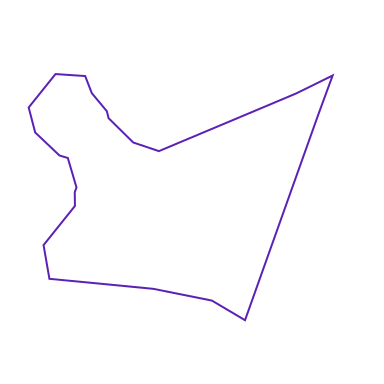 the Region of Ad Dakhliyah, rotated 263°
{"feature_id": "OMN-2404", "entity_name": "Ad Dakhliyah", "entity_type": "Region", "adm_level": 1, "iso_a3": "OMN", "parent_name": "Oman", "parent_adm1": "", "projection": "mercator", "projection_center": [57.794, 22.3], "detail": "fine", "context": "isolated", "style": "outline", "palette": "violet", "viewbox_px": 384, "rotation_deg": 263, "n_neighbors": 0, "source": "natural_earth", "source_scale": "10m", "svg_char_len": 442}
<svg xmlns="http://www.w3.org/2000/svg" viewBox="0 0 384 384"><g transform="rotate(263 192 192)"><path d="M265.9,267.8L277.2,307.6L290.5,345.8L252.9,326.5L58.3,229.0L81.8,198.5L100.6,141.8L123.2,39.9L157.4,38.2L192.4,74.1L206.1,75.6L210.6,77.9L240.9,72.9L244.4,64.9L270.2,43.6L295.8,40.2L325.7,70.9L320.1,100.1L302.3,104.6L282.6,117.3L275.4,118.2L248.3,139.7L236.6,164.1L265.9,267.8Z" fill="none" stroke="#5b21b6" stroke-width="2"/></g></svg>